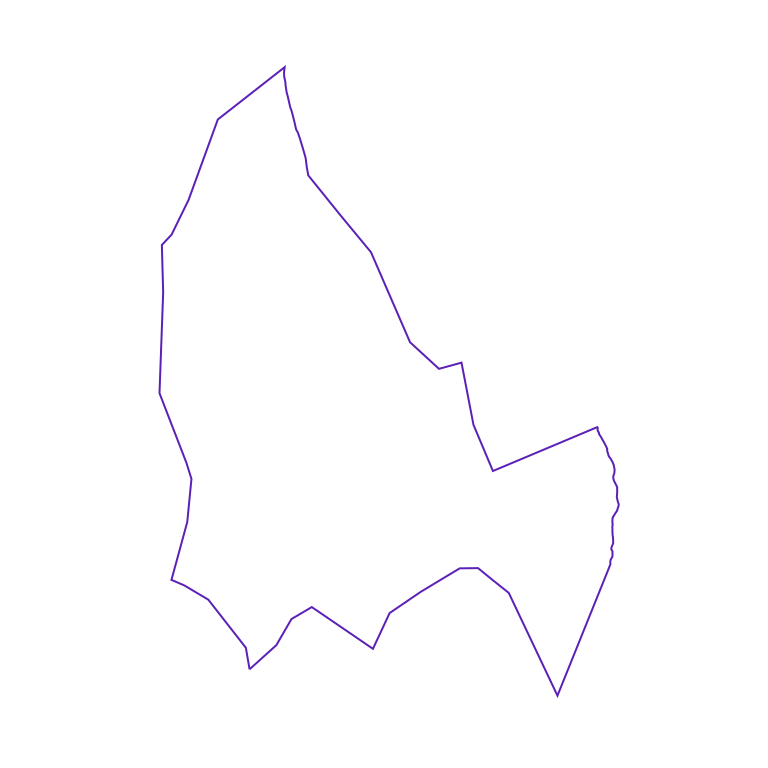 Bayan-Uul, Govi-Altay, Mongolia, rotated 86°
{"feature_id": "93677404B20408254425737", "entity_name": "Bayan-Uul", "entity_type": "district", "adm_level": 2, "iso_a3": "MNG", "parent_name": "Mongolia", "parent_adm1": "Govi-Altay", "projection": "natural_earth1", "projection_center": [95.187, 47.144], "detail": "fine", "context": "isolated", "style": "outline", "palette": "violet", "viewbox_px": 768, "rotation_deg": 86, "n_neighbors": 0, "source": "geoboundaries", "source_scale": "gbopen_adm2", "svg_char_len": 3446}
<svg xmlns="http://www.w3.org/2000/svg" viewBox="0 0 768 768"><g transform="rotate(86 384 384)"><path d="M579.6,170.7L579.0,170.7L578.2,170.7L576.7,170.6L576.4,170.5L575.6,170.3L575.4,170.2L574.9,170.0L574.2,169.6L573.8,169.3L572.9,168.6L572.4,168.3L571.5,168.1L570.4,168.0L569.6,167.9L568.4,167.9L568.2,167.9L567.8,167.8L567.1,167.7L566.7,167.8L566.1,168.1L565.4,168.5L564.8,168.7L564.4,168.8L563.9,168.7L563.4,168.6L563.0,168.5L562.4,168.2L561.5,167.8L561.3,167.7L560.2,167.1L559.2,166.7L558.7,166.5L557.8,166.4L556.9,166.4L556.6,166.3L556.0,166.3L555.2,166.3L554.1,166.3L553.8,166.3L553.7,166.3L553.3,166.3L553.1,166.3L552.5,166.3L552.3,166.3L552.2,166.3L551.8,166.4L550.8,166.5L550.3,166.5L549.6,166.5L548.8,166.5L547.7,166.4L546.5,166.4L544.1,166.2L542.9,166.2L542.4,166.2L541.9,166.2L541.5,166.0L541.3,165.9L540.8,165.8L540.2,165.7L539.5,165.7L538.8,165.8L538.1,165.8L537.6,165.8L537.1,165.7L536.6,165.7L535.6,165.6L534.7,165.5L534.1,165.4L533.5,165.3L532.9,164.9L532.6,164.8L532.0,164.4L531.2,163.7L530.8,163.5L529.3,162.4L527.9,161.3L527.0,160.6L526.4,160.3L526.4,160.2L525.8,160.1L525.2,159.8L524.5,159.6L524.4,159.5L523.6,159.2L522.6,158.7L521.6,158.4L521.2,158.3L520.8,158.3L520.7,158.3L520.2,158.3L519.6,158.4L519.0,158.6L518.5,158.7L517.9,158.9L517.3,159.0L516.2,159.2L514.6,159.4L513.9,159.5L513.4,159.6L512.6,159.6L511.9,159.5L511.4,159.4L510.3,159.2L509.2,159.1L508.2,158.9L506.9,158.8L505.9,158.8L505.5,158.8L505.2,158.8L504.6,158.7L504.1,158.7L503.5,158.6L503.3,158.6L503.2,158.6L502.8,158.7L502.5,158.8L502.0,159.0L501.7,159.2L500.6,159.6L499.2,160.2L498.1,160.7L497.3,161.0L497.2,161.1L496.5,161.3L495.4,161.6L494.8,161.7L494.6,161.7L493.7,161.8L492.8,161.8L492.0,161.7L491.6,161.6L491.0,161.3L490.8,161.2L490.6,161.1L490.0,160.8L488.9,160.5L488.1,160.3L487.9,160.3L487.0,160.1L486.2,160.0L485.5,160.0L485.4,160.0L484.6,160.0L484.1,160.1L483.6,160.1L483.3,160.2L483.0,160.2L481.7,160.4L481.5,160.5L481.1,160.5L480.4,160.6L480.0,160.8L479.3,161.0L478.5,161.2L477.9,161.4L477.2,161.8L476.3,162.2L474.9,162.8L474.0,163.3L473.3,163.8L472.8,164.1L472.4,164.4L471.9,164.7L471.7,164.8L471.2,164.9L470.9,165.0L470.5,165.1L470.1,165.2L469.4,165.3L468.7,165.4L467.9,165.7L466.3,166.0L466.1,166.0L465.9,166.0L465.6,166.0L465.3,166.0L465.2,166.0L464.9,165.9L464.6,165.9L464.1,165.9L463.8,166.1L463.4,166.2L463.0,166.3L462.8,166.4L462.1,166.6L461.8,166.8L461.3,167.0L460.7,167.2L460.3,167.4L458.5,168.2L458.2,168.3L456.8,169.0L455.7,169.5L454.1,170.3L452.0,171.2L450.6,172.0L450.0,172.4L449.5,172.7L449.2,172.8L448.9,172.9L448.6,173.0L448.1,173.0L447.8,173.1L447.3,173.1L446.9,173.3L446.4,173.7L446.1,173.9L445.3,174.1L445.0,174.1L444.9,174.1L444.4,174.1L443.8,174.0L443.3,173.9L442.8,173.9L442.4,174.0L441.9,174.3L478.4,281.4L430.9,297.6L368.1,305.2L372.7,328.1L344.2,355.1L251.6,387.8L225.2,406.7L212.6,415.7L170.6,445.0L162.2,445.9L153.1,446.4L141.8,448.8L134.0,450.6L127.1,452.4L125.5,453.2L123.9,453.9L116.2,455.1L107.2,456.7L105.4,457.1L103.2,457.6L102.2,458.1L90.7,459.9L86.1,460.8L78.0,461.4L76.0,461.3L70.7,462.1L66.2,462.0L61.0,461.0L108.5,531.3L186.7,566.1L220.2,585.5L229.8,595.9L277.2,597.9L377.5,608.6L448.8,586.6L465.2,582.7L508.0,589.9L564.6,609.7L570.9,597.4L586.9,574.3L637.5,540.2L659.3,538.0L659.2,538.0L637.0,509.6L612.0,492.7L601.5,471.6L647.4,413.5L612.9,394.4L593.8,361.7L573.2,321.4L574.2,303.1L587.5,288.9L601.1,274.1L707.0,232.7L589.3,175.4L579.6,170.7Z" fill="none" stroke="#5b21b6" stroke-width="2"/></g></svg>